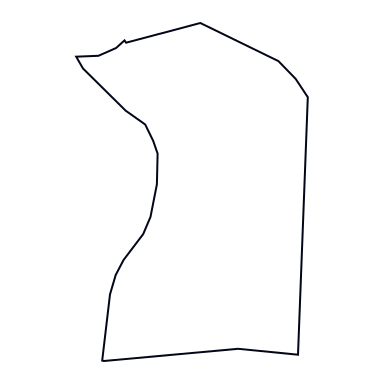 SVG path tracing the border of Penal-Debe
{"feature_id": "TTO-59", "entity_name": "Penal-Debe", "entity_type": "Region", "adm_level": 1, "iso_a3": "TTO", "parent_name": "Trinidad and Tobago", "parent_adm1": "", "projection": "robinson", "projection_center": [-61.471, 10.164], "detail": "fine", "context": "isolated", "style": "outline", "palette": "ink", "viewbox_px": 384, "rotation_deg": 0, "n_neighbors": 0, "source": "natural_earth", "source_scale": "10m", "svg_char_len": 422}
<svg xmlns="http://www.w3.org/2000/svg" viewBox="0 0 384 384"><path d="M76.2,56.7L80.8,56.5L98.4,55.8L116.1,48.0L124.5,40.4L126.1,42.7L200.3,23.0L278.4,61.1L295.6,78.8L307.8,97.2L298.0,354.7L238.0,348.8L103.9,361.0L102.2,360.6L110.0,294.4L115.7,275.0L123.6,259.9L143.2,234.1L150.5,216.9L156.9,184.3L157.6,153.6L153.2,140.9L145.2,124.5L125.7,110.7L83.0,68.5L76.2,56.7Z" fill="none" stroke="#020617" stroke-width="2"/></svg>